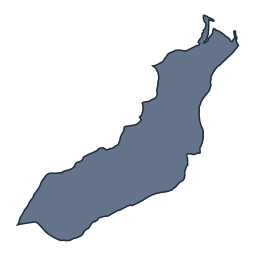 Cristian, Sibiu, Romania (Robinson projection)
{"feature_id": "2599482B42247101066007", "entity_name": "Cristian", "entity_type": "district", "adm_level": 2, "iso_a3": "ROU", "parent_name": "Romania", "parent_adm1": "Sibiu", "projection": "robinson", "projection_center": [23.992, 45.701], "detail": "fine", "context": "isolated", "style": "filled", "palette": "slate", "viewbox_px": 256, "rotation_deg": 0, "n_neighbors": 0, "source": "geoboundaries", "source_scale": "gbopen_adm2", "svg_char_len": 5756}
<svg xmlns="http://www.w3.org/2000/svg" viewBox="0 0 256 256"><path d="M214.0,20.8L213.4,20.0L212.8,19.4L211.7,18.8L210.7,18.3L210.0,18.1L209.5,17.9L208.6,17.4L207.6,16.9L206.9,16.4L206.0,16.0L204.7,15.4L204.5,15.5L204.1,15.5L203.5,15.4L203.5,16.0L203.2,17.7L203.7,19.3L204.2,21.0L204.9,22.4L205.8,23.3L206.0,23.7L206.1,24.9L205.3,27.5L205.0,28.5L204.2,29.6L203.5,30.2L203.2,30.5L203.6,31.5L203.5,31.9L203.3,32.4L202.1,33.4L201.9,34.1L201.9,34.6L202.0,35.2L202.0,36.3L201.2,37.4L199.7,39.5L199.1,40.2L198.4,41.6L198.3,42.0L198.3,42.5L199.7,43.6L198.8,45.2L196.8,45.6L186.1,50.9L183.7,50.7L180.8,50.2L179.2,50.2L177.3,50.1L176.4,50.2L175.2,50.5L174.3,50.9L173.0,51.6L171.4,52.2L169.5,53.0L168.8,53.4L168.0,54.0L167.3,54.9L166.8,55.8L166.0,57.1L165.1,58.2L164.2,59.3L164.0,60.0L163.5,60.8L162.7,61.6L161.8,62.3L160.6,62.8L159.2,63.5L158.7,63.9L157.8,64.4L156.7,64.9L155.4,65.5L154.1,65.7L152.7,65.9L153.0,66.2L153.7,66.7L154.1,67.0L155.3,67.9L155.8,68.4L156.4,69.3L157.2,71.1L158.0,72.7L158.1,73.1L158.3,73.9L158.4,74.7L158.5,75.4L158.7,77.6L158.7,78.4L158.7,79.1L158.6,79.7L158.3,80.6L158.0,81.2L157.9,84.0L157.8,84.8L157.3,87.5L156.8,89.9L156.7,90.6L157.0,92.2L157.1,92.9L157.2,93.6L157.1,94.5L157.0,95.1L156.8,95.8L155.9,97.4L155.1,98.2L154.6,98.6L153.6,98.9L152.5,99.3L151.2,100.0L150.1,100.8L149.4,101.1L148.5,101.4L147.4,101.6L145.6,101.8L144.1,102.1L143.1,102.5L142.3,103.0L142.7,104.4L142.8,105.1L143.0,106.1L143.0,107.1L143.0,108.3L142.9,109.3L142.8,111.1L142.3,112.7L142.1,113.8L141.9,114.3L141.4,115.1L140.5,116.1L140.0,116.8L139.5,117.3L140.1,117.7L140.5,118.4L141.1,120.0L140.8,120.8L139.6,121.6L138.7,122.7L137.9,123.4L136.3,124.4L134.3,125.1L132.1,125.4L130.6,125.7L128.7,126.0L126.4,126.2L126.0,126.3L125.0,126.6L124.4,127.1L124.2,127.4L124.1,127.8L124.0,128.2L124.1,128.8L123.9,130.1L123.7,130.7L122.9,132.3L122.2,133.5L121.0,136.0L120.3,137.4L120.2,138.6L119.9,139.7L119.7,141.0L118.8,142.8L118.6,143.6L118.5,144.0L118.1,144.5L117.8,144.8L117.0,145.3L115.2,146.1L114.9,146.2L114.7,146.4L114.5,146.7L114.3,147.1L114.0,147.3L112.5,148.1L111.0,148.6L110.0,148.6L108.6,149.2L107.5,149.7L106.3,150.0L106.2,150.0L105.1,148.9L103.4,147.9L103.0,147.7L102.7,147.8L102.1,147.7L99.5,148.3L98.8,148.7L97.5,149.9L97.1,150.5L92.5,152.8L88.2,154.5L87.5,154.9L86.3,155.6L85.6,156.0L83.7,156.9L83.0,158.1L82.8,158.7L82.5,159.4L82.1,160.1L81.4,160.7L80.6,161.3L79.7,161.6L79.0,161.8L78.3,161.9L77.7,162.1L76.7,162.7L76.0,163.2L75.6,163.7L75.2,164.4L74.3,166.3L73.6,167.1L73.0,167.7L72.5,168.2L71.9,168.6L71.3,168.9L68.8,169.9L67.1,170.4L64.9,170.9L64.2,171.1L63.6,171.4L63.2,171.6L62.5,172.1L61.9,172.5L61.3,172.7L59.2,172.9L55.5,173.2L53.2,173.2L50.3,173.2L49.8,173.2L49.3,173.4L48.7,173.7L48.1,174.0L47.6,174.2L46.9,174.7L46.2,175.3L45.4,176.3L44.5,177.7L42.5,180.1L41.7,181.5L40.6,183.8L40.2,185.1L40.0,185.6L38.6,188.2L37.1,190.5L34.8,193.4L34.3,194.2L33.8,195.0L33.5,196.0L33.2,197.1L32.8,197.8L31.0,200.0L29.9,201.5L29.4,202.3L29.1,202.9L28.4,204.5L27.5,206.1L27.1,206.7L26.3,207.8L25.4,208.9L24.6,210.0L23.4,212.4L23.1,213.0L21.2,216.1L20.0,218.1L19.5,219.6L19.5,220.2L18.6,222.9L18.0,224.2L17.5,224.8L20.5,224.1L22.2,223.9L25.1,223.4L29.6,222.7L34.1,222.0L35.3,221.9L38.2,223.5L39.3,224.8L42.8,228.4L45.0,231.1L47.6,233.5L50.1,235.1L52.6,236.7L55.7,238.4L59.3,240.0L61.1,240.4L64.8,240.2L65.5,240.6L67.7,240.6L69.3,240.4L70.7,240.0L72.9,238.7L77.0,237.6L79.9,236.3L81.8,235.3L83.5,232.7L84.6,230.9L86.0,229.6L87.4,228.8L88.5,228.3L89.4,227.0L90.5,225.2L91.8,223.4L92.5,222.2L93.2,221.8L94.6,221.8L97.3,220.2L97.8,219.3L98.3,218.4L99.7,217.6L102.1,216.9L104.1,216.4L108.1,216.0L112.6,213.3L115.9,211.5L116.7,211.1L117.5,210.4L118.9,210.3L120.3,210.0L122.0,208.8L125.2,207.4L127.2,206.2L130.0,205.2L132.1,205.6L138.8,202.5L143.0,200.2L144.2,199.3L147.7,197.2L151.9,195.0L154.3,194.2L155.8,193.5L158.2,193.1L160.7,192.4L164.7,192.0L168.4,191.2L172.3,189.7L173.4,188.3L174.0,188.0L175.2,187.3L178.0,184.2L179.7,182.3L181.4,181.4L183.0,180.3L184.2,178.7L184.4,177.8L184.9,174.8L184.5,172.7L185.9,168.1L186.5,166.4L187.8,164.7L187.6,163.4L187.6,158.8L186.6,155.9L186.8,154.8L187.7,153.9L190.2,153.8L192.0,154.2L193.1,154.6L194.9,154.3L197.1,153.3L197.6,152.8L198.1,153.1L198.5,153.3L199.6,153.1L200.1,152.9L200.1,151.9L199.9,148.7L200.1,147.4L201.1,146.0L201.8,143.7L203.1,139.1L203.2,137.7L203.1,134.9L203.3,133.2L203.1,130.7L202.6,129.1L202.4,128.4L201.9,127.4L201.3,126.5L200.8,124.9L200.3,122.7L199.8,121.3L199.6,119.4L199.3,116.8L199.1,114.4L199.3,110.3L199.2,109.3L199.1,107.3L199.6,106.2L200.7,103.1L201.5,101.0L202.8,98.9L204.5,96.5L207.3,93.0L208.5,91.6L209.2,90.7L209.7,89.4L210.0,88.1L210.3,87.1L210.7,86.6L210.9,85.2L210.5,82.7L210.4,81.1L210.9,80.0L211.1,78.7L211.0,77.7L210.6,77.1L211.4,75.9L212.5,73.6L214.8,69.9L217.0,67.1L218.0,66.2L220.1,64.9L221.0,63.9L222.5,62.3L223.9,61.1L225.5,59.5L228.4,56.7L230.1,55.2L231.8,53.6L233.7,51.6L236.2,48.4L238.2,45.9L238.5,45.4L237.3,43.5L236.4,41.7L236.1,40.6L236.2,39.7L236.7,39.0L237.0,38.2L236.9,37.7L236.1,36.2L235.7,34.7L235.4,32.3L235.4,31.4L235.0,31.0L234.4,31.0L233.8,31.4L233.8,32.0L234.0,32.9L234.5,35.0L234.4,35.6L234.4,36.1L234.8,37.3L235.1,37.9L235.1,38.3L234.9,38.5L234.2,38.7L233.5,39.1L233.1,39.8L232.5,41.2L231.2,41.5L230.5,40.6L229.4,38.9L227.9,37.5L225.7,36.2L223.8,34.5L221.6,32.9L220.3,32.0L218.6,31.1L216.1,30.1L215.0,29.0L213.9,28.5L213.2,29.0L213.0,30.8L212.7,31.8L212.6,33.2L211.9,34.1L211.0,35.5L209.7,36.6L208.9,37.7L208.4,38.8L207.9,40.5L207.6,40.9L207.1,41.4L205.5,42.4L204.7,42.9L204.3,43.2L204.0,43.2L203.8,42.9L203.9,42.5L205.0,41.0L205.9,40.0L207.0,38.4L207.2,37.1L207.2,36.6L207.4,36.1L207.8,35.5L208.1,34.6L208.4,31.8L208.5,30.0L208.8,27.7L208.7,22.3L208.8,21.1L208.8,19.9L209.4,19.9L213.1,21.2L214.0,20.8Z" fill="#64748b" stroke="#1e293b" stroke-width="1.5"/></svg>